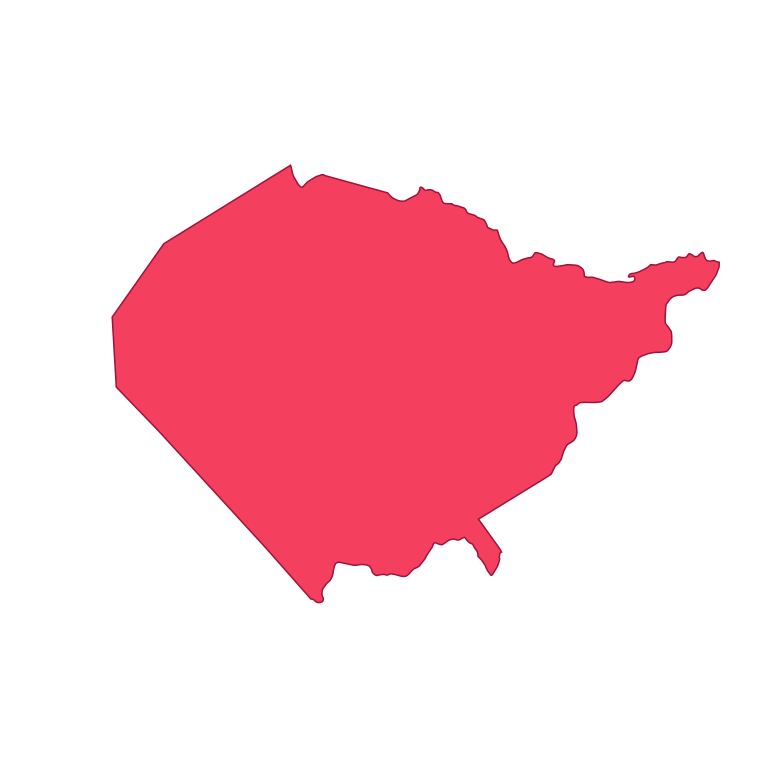 Apacilagua, Choluteca, Honduras, rotated 199°
{"feature_id": "27666195B80375114467909", "entity_name": "Apacilagua", "entity_type": "district", "adm_level": 2, "iso_a3": "HND", "parent_name": "Honduras", "parent_adm1": "Choluteca", "projection": "mercator", "projection_center": [-87.065, 13.459], "detail": "fine", "context": "isolated", "style": "filled", "palette": "rose", "viewbox_px": 768, "rotation_deg": 199, "n_neighbors": 0, "source": "geoboundaries", "source_scale": "gbopen_adm2", "svg_char_len": 6171}
<svg xmlns="http://www.w3.org/2000/svg" viewBox="0 0 768 768"><g transform="rotate(199 384 384)"><path d="M333.6,565.5L335.7,565.6L337.0,565.8L337.4,566.2L338.1,567.3L339.5,568.8L341.4,570.7L342.9,571.7L344.6,571.9L349.3,571.9L350.3,572.1L352.0,572.8L353.3,573.0L356.3,572.9L358.7,572.7L359.6,572.7L360.7,573.1L361.6,573.5L363.4,575.4L365.4,576.4L371.2,576.4L373.1,576.3L375.0,575.9L376.1,575.8L377.5,576.0L378.3,576.5L378.6,576.5L384.9,574.5L385.8,574.4L386.5,574.4L387.6,575.0L388.7,576.0L392.7,581.1L394.1,582.0L394.9,582.6L395.3,582.7L396.5,582.3L398.2,582.3L399.4,582.5L400.7,582.9L401.5,583.0L403.5,582.7L405.5,582.1L406.2,581.6L407.1,580.8L407.7,580.6L408.3,580.6L409.2,580.9L411.1,581.9L411.9,582.1L412.8,582.2L413.6,581.9L413.8,581.5L413.9,581.0L413.5,579.7L413.4,578.7L413.9,575.1L414.2,574.3L415.2,573.0L421.3,566.7L423.3,564.3L424.2,563.6L425.1,563.2L427.5,562.4L430.0,562.1L431.7,562.1L436.4,562.7L439.9,564.2L442.7,565.9L507.9,561.8L509.1,562.1L510.3,561.9L511.0,561.6L513.9,559.3L515.5,558.2L518.1,555.0L520.7,552.0L522.4,549.7L523.7,546.7L524.5,544.9L525.3,543.5L525.9,543.1L526.6,543.2L527.6,543.5L530.6,545.2L537.0,550.8L538.9,553.1L542.1,558.4L543.2,560.0L543.6,560.4L637.8,445.1L662.8,358.8L636.1,293.9L582.0,266.3L442.8,190.8L383.1,156.9L381.9,157.2L380.7,157.2L379.5,156.9L378.0,156.1L377.0,155.9L376.0,155.8L375.2,155.9L374.1,156.2L373.3,156.6L371.8,157.8L371.4,158.5L371.1,159.2L371.2,160.3L371.6,161.4L372.1,162.2L373.6,163.8L374.5,165.5L375.0,167.8L375.2,170.1L374.8,172.0L373.5,176.0L372.9,177.4L371.4,180.2L370.9,181.4L370.6,182.9L370.4,184.7L370.4,187.6L371.3,192.3L371.6,196.2L371.3,198.3L370.8,199.2L370.3,199.8L369.2,200.6L367.9,201.0L354.0,202.7L350.6,203.9L347.9,205.4L346.3,206.1L343.0,207.0L340.7,207.3L338.9,207.1L338.1,206.8L337.2,206.2L335.5,204.7L333.9,202.4L332.7,201.5L331.0,200.8L329.9,200.5L329.0,200.5L327.9,200.9L325.5,202.4L322.7,203.7L321.7,204.0L319.9,204.1L318.7,204.4L317.9,205.0L316.5,206.4L315.4,206.9L311.7,207.5L307.5,207.7L304.9,207.9L302.8,208.4L301.3,209.1L300.2,209.9L299.2,211.3L298.4,212.8L297.3,215.6L295.6,218.9L295.1,219.5L294.0,220.4L293.0,221.3L291.6,223.0L291.1,224.0L288.3,232.3L287.7,236.6L285.2,245.9L285.2,246.7L285.3,248.4L285.2,249.1L284.9,249.7L284.3,250.3L283.5,250.6L282.7,250.7L280.4,250.4L277.4,250.7L276.9,250.9L276.3,251.4L275.3,252.6L272.7,256.4L270.3,258.6L268.7,259.7L268.0,260.0L266.8,260.2L264.1,260.3L262.9,260.7L261.9,261.3L261.2,261.9L260.8,262.4L260.6,263.0L259.5,264.0L258.4,265.0L257.9,265.1L256.8,264.8L254.8,263.3L252.8,262.2L250.5,261.6L248.1,261.4L247.6,261.0L246.4,259.8L244.5,258.2L242.1,256.6L241.1,255.8L240.2,254.3L239.4,252.8L239.1,251.8L238.9,251.5L237.2,250.8L234.3,249.2L229.1,245.3L227.5,243.3L225.2,241.1L220.9,238.1L220.3,238.0L220.0,238.1L219.6,238.7L219.3,239.5L217.4,248.4L217.3,251.7L217.6,255.5L217.8,256.6L218.5,257.7L218.8,258.6L219.2,260.9L219.2,261.8L219.0,262.5L218.7,263.0L218.1,263.4L221.5,266.3L250.7,287.0L198.8,350.2L196.5,353.4L195.4,362.1L195.0,363.1L193.8,364.8L193.1,366.1L192.5,368.2L192.1,370.2L192.0,371.4L192.2,378.8L191.8,382.2L191.2,385.5L190.8,386.5L190.2,387.4L187.7,390.2L186.2,392.4L185.5,394.7L185.2,397.5L185.4,399.1L185.8,401.0L188.7,407.9L190.2,410.4L193.0,414.4L194.4,416.9L195.8,420.2L196.5,422.2L196.8,423.4L196.9,424.6L196.6,425.5L196.2,426.0L195.0,426.8L193.4,429.3L192.9,429.9L192.5,430.2L188.1,432.1L181.9,434.0L177.8,435.5L174.1,437.3L172.5,438.2L171.9,438.8L170.8,440.5L167.9,445.3L162.2,458.7L160.2,462.8L159.3,464.3L158.6,465.2L157.8,465.6L156.9,465.9L154.7,466.1L153.2,466.7L152.4,467.4L151.7,468.6L151.2,470.2L150.9,472.2L150.5,476.2L150.7,479.9L151.9,490.0L151.8,491.0L151.6,491.8L148.9,494.9L144.6,498.3L142.7,499.6L138.5,501.9L137.3,502.5L134.4,503.4L129.1,505.8L127.5,506.8L127.0,507.6L126.5,508.5L126.0,510.0L125.4,512.1L125.2,513.7L125.2,515.1L125.3,516.4L125.7,517.9L127.3,522.4L128.7,525.7L129.8,527.4L133.5,530.2L136.7,532.2L137.6,533.1L138.3,534.1L138.7,535.1L139.7,538.1L142.4,547.6L143.0,550.6L143.0,551.6L141.2,557.3L140.3,559.1L139.2,560.6L137.8,561.8L136.0,563.1L133.9,564.1L130.8,565.2L129.6,565.8L128.6,566.6L127.8,567.4L126.6,569.7L125.8,570.9L120.8,575.8L119.2,576.7L117.3,577.2L115.5,577.0L113.7,576.4L112.9,576.4L111.5,576.9L110.5,577.7L109.9,578.9L109.2,580.9L108.5,583.8L105.9,593.7L105.5,595.6L105.4,597.0L105.4,601.5L105.2,602.3L105.2,602.9L105.6,604.9L106.5,607.8L106.7,608.2L107.0,608.3L107.8,608.1L108.3,608.0L109.9,608.0L112.0,608.3L115.7,606.3L118.0,605.9L119.3,606.0L120.0,606.3L121.4,607.7L122.9,609.5L124.3,611.5L125.0,612.0L125.7,612.2L126.1,611.9L127.5,609.8L128.8,607.1L129.5,606.6L130.4,606.0L131.4,605.7L132.4,605.7L135.3,606.5L137.1,606.7L137.8,606.7L138.4,605.6L139.2,603.0L139.5,602.5L140.1,602.0L141.0,601.4L142.2,601.0L144.4,600.4L146.3,600.2L146.9,599.8L147.6,598.4L148.0,596.5L148.3,595.5L148.9,594.4L149.5,593.8L150.5,593.2L156.2,591.8L158.3,590.0L161.0,588.5L165.6,585.0L170.8,583.6L171.6,582.2L172.2,580.8L173.2,579.5L176.0,576.5L179.3,573.2L180.6,572.1L183.2,570.3L185.8,569.1L186.9,568.4L187.5,567.6L187.8,566.5L187.8,565.4L187.7,565.1L187.5,564.9L187.0,564.9L186.4,565.2L184.3,566.5L183.0,567.1L182.4,566.9L181.5,566.0L180.9,564.8L180.9,563.6L181.3,562.6L182.2,561.6L184.4,560.2L186.0,559.5L189.0,558.7L194.0,557.8L196.0,557.2L197.3,556.6L199.0,555.6L201.5,554.5L202.9,553.7L204.1,553.3L206.4,553.1L213.6,553.2L221.0,552.9L223.0,552.4L225.1,551.5L226.1,551.2L227.3,551.0L228.9,551.0L229.5,551.1L229.9,551.5L230.3,552.9L231.2,554.6L232.2,556.1L233.3,557.2L234.6,557.9L236.5,558.5L238.5,558.9L239.9,559.0L242.4,558.5L249.3,556.6L250.3,556.1L253.6,554.1L257.7,552.0L259.7,551.1L261.2,550.9L262.1,551.2L262.6,551.9L262.9,553.0L262.7,554.5L262.8,555.5L263.1,556.3L263.7,556.7L264.7,556.9L267.3,556.7L270.7,556.9L277.2,558.2L281.7,558.0L283.3,557.6L284.1,556.9L284.3,556.3L284.9,553.3L285.4,552.4L286.1,551.7L287.1,551.0L289.4,549.8L292.8,547.4L294.3,546.2L297.4,543.0L299.7,541.0L300.8,540.5L301.8,540.3L302.7,540.5L303.6,540.9L304.8,541.7L305.8,542.5L307.5,544.5L310.0,548.5L312.0,551.0L314.7,553.7L318.7,556.6L321.2,558.9L322.8,560.8L326.1,565.3L327.0,566.3L327.5,566.3L330.5,565.1L332.0,565.2L333.6,565.5Z" fill="#f43f5e" stroke="#9f1239" stroke-width="1.5"/></g></svg>